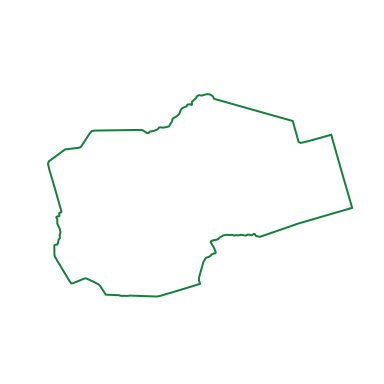 SVG path tracing the border of Córdoba, rotated 254°
{"feature_id": "ARG-1299", "entity_name": "Córdoba", "entity_type": "Province", "adm_level": 1, "iso_a3": "ARG", "parent_name": "Argentina", "parent_adm1": "", "projection": "robinson", "projection_center": [-63.644, -32.213], "detail": "fine", "context": "isolated", "style": "outline", "palette": "green", "viewbox_px": 384, "rotation_deg": 254, "n_neighbors": 0, "source": "natural_earth", "source_scale": "10m", "svg_char_len": 3476}
<svg xmlns="http://www.w3.org/2000/svg" viewBox="0 0 384 384"><g transform="rotate(254 192 192)"><path d="M267.9,81.7L265.7,95.6L265.8,96.9L266.1,97.8L276.1,109.3L278.2,112.5L277.8,115.6L265.9,159.6L265.2,161.3L263.2,163.2L261.3,164.8L260.8,165.5L260.7,166.1L260.7,166.5L261.4,167.7L261.5,167.9L261.6,168.2L261.6,168.6L261.6,169.2L261.3,171.6L261.3,172.4L261.6,175.6L261.7,175.9L261.8,176.2L261.9,176.4L262.4,177.3L262.9,178.0L263.0,178.2L263.0,178.6L263.0,179.1L262.4,180.6L262.0,181.4L261.8,182.3L261.6,183.7L261.4,188.0L262.7,189.3L263.6,190.2L265.0,191.9L265.4,192.2L266.7,192.8L267.6,193.5L268.0,194.2L269.2,198.7L269.6,199.5L270.6,201.3L273.8,203.8L274.3,204.3L275.0,205.2L275.1,205.4L275.4,206.6L275.7,208.3L275.8,210.0L275.9,210.4L276.2,210.8L276.4,211.1L276.9,211.4L277.1,211.7L277.2,212.0L277.2,212.6L277.2,213.1L277.1,213.4L277.0,213.8L276.8,214.3L276.6,214.6L275.9,215.4L275.9,215.7L275.9,215.9L276.2,216.1L276.6,216.2L278.0,216.5L278.5,216.7L278.7,216.9L278.8,217.1L280.1,219.4L280.9,221.3L281.0,221.6L281.2,221.8L282.4,222.8L282.6,223.0L282.7,223.3L283.0,224.1L283.1,224.5L283.1,225.0L283.1,225.4L282.8,226.3L282.1,227.6L282.0,228.7L282.0,231.9L281.9,233.2L281.7,234.2L281.6,234.6L281.0,235.8L279.3,237.5L278.6,238.1L278.0,238.5L277.7,238.6L276.9,238.8L276.6,238.8L275.9,238.7L274.6,240.3L264.4,256.8L250.6,279.1L232.5,308.4L210.7,308.3L209.2,310.1L208.8,319.0L208.7,341.6L183.1,341.5L159.4,341.5L132.6,341.6L132.4,285.8L130.2,245.2L130.3,244.9L130.5,244.4L131.8,241.8L132.0,241.6L132.1,241.4L132.3,241.3L132.7,241.1L133.8,240.9L134.1,240.8L134.4,240.6L134.6,240.2L134.7,239.9L134.6,239.6L134.1,238.3L134.1,237.4L134.3,236.9L135.5,234.6L135.7,233.9L135.8,233.4L135.4,232.5L135.3,231.8L135.4,231.4L135.5,231.1L137.2,227.8L137.4,227.2L137.4,226.8L137.5,224.9L137.6,224.4L137.7,224.0L138.3,222.9L138.4,222.5L138.5,222.2L138.4,221.5L138.4,220.9L138.5,220.5L138.6,220.2L139.3,219.6L139.6,219.1L139.8,218.8L139.9,218.4L140.2,216.2L141.2,213.8L141.5,212.3L141.6,210.5L141.6,210.0L141.6,209.8L141.2,208.6L141.0,207.6L140.8,206.5L139.7,204.6L139.5,204.0L139.4,203.6L139.4,202.3L139.6,200.9L139.7,199.5L139.6,197.8L139.5,197.1L139.4,196.6L139.2,196.4L138.9,196.3L138.7,196.2L138.4,196.1L138.1,196.2L137.2,196.4L132.8,197.7L127.9,198.2L127.3,198.1L127.1,198.0L126.9,197.7L126.8,197.1L126.7,196.8L126.8,194.5L126.7,194.0L126.6,193.7L125.8,192.7L125.4,191.7L125.1,190.6L125.0,190.0L125.0,189.4L125.0,188.4L125.0,188.1L124.8,187.3L124.6,186.9L124.3,186.6L123.0,185.3L121.8,183.8L109.2,176.0L106.9,174.8L105.5,174.4L101.5,174.4L101.2,160.2L101.0,141.4L100.9,132.1L101.4,128.8L104.4,119.6L104.9,117.9L105.8,115.2L109.5,103.9L109.6,103.0L109.9,101.5L111.0,97.8L111.6,95.6L111.8,95.0L112.8,93.5L113.4,91.9L117.1,80.8L126.8,77.9L129.1,76.6L133.0,72.4L137.9,66.7L138.4,65.8L138.5,64.8L137.1,52.4L137.5,50.7L140.7,49.5L154.0,46.0L162.5,43.7L167.5,42.4L169.3,42.4L178.2,44.8L178.6,45.0L178.8,45.2L178.9,45.8L178.8,47.2L178.6,47.8L179.0,48.3L179.6,48.9L183.0,50.7L183.2,50.9L183.6,51.7L183.9,52.1L184.2,52.3L187.1,52.9L187.6,53.1L187.8,53.3L188.3,53.8L188.9,54.1L189.3,54.3L189.6,54.5L192.3,54.7L193.2,54.7L198.6,53.8L199.3,53.9L202.5,54.9L203.0,55.0L204.6,54.6L205.0,54.6L205.3,54.8L205.5,55.0L205.6,55.5L205.6,55.9L205.4,57.3L205.4,57.6L205.6,57.9L206.0,58.1L207.6,58.3L208.1,58.5L208.4,58.7L208.4,58.9L208.5,59.2L208.5,60.2L208.5,60.6L208.8,60.9L208.9,61.0L209.9,61.1L235.8,61.2L251.4,61.0L258.8,61.3L260.9,62.8L267.9,81.7Z" fill="none" stroke="#15803d" stroke-width="2"/></g></svg>